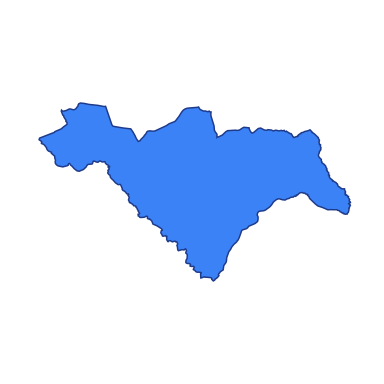 Bazega, Bazéga, Burkina Faso, rotated 8°
{"feature_id": "67063806B75312427459337", "entity_name": "Bazega", "entity_type": "district", "adm_level": 2, "iso_a3": "BFA", "parent_name": "Burkina Faso", "parent_adm1": "Bazéga", "projection": "albers", "projection_center": [-1.393, 11.898], "detail": "fine", "context": "isolated", "style": "filled", "palette": "blue", "viewbox_px": 384, "rotation_deg": 8, "n_neighbors": 0, "source": "geoboundaries", "source_scale": "gbopen_adm2", "svg_char_len": 6076}
<svg xmlns="http://www.w3.org/2000/svg" viewBox="0 0 384 384"><g transform="rotate(8 192 192)"><path d="M36.0,164.6L36.6,165.1L38.0,165.3L39.3,166.0L41.8,168.5L42.1,169.5L43.4,170.9L44.4,171.5L47.3,172.2L47.3,173.2L51.0,175.6L51.4,177.5L52.4,179.4L52.3,181.1L52.7,182.6L53.7,183.7L55.2,184.6L56.6,184.9L60.6,185.1L64.9,183.3L65.7,182.6L65.6,182.0L65.9,181.2L66.8,180.8L68.4,182.5L69.6,183.1L72.1,185.3L75.3,187.1L77.5,187.1L81.4,184.8L83.7,181.9L84.3,180.3L85.1,179.2L89.1,178.2L89.5,177.8L89.8,175.5L90.2,175.1L91.5,175.1L92.4,175.5L94.2,175.7L94.9,175.5L96.1,174.2L97.0,174.1L98.9,174.8L101.4,174.1L101.8,174.3L102.1,175.3L102.8,175.9L103.6,176.6L104.8,176.8L105.7,177.8L106.8,178.1L106.8,178.7L105.5,179.0L106.6,180.3L106.7,181.0L105.7,182.2L106.2,183.3L105.9,184.7L106.2,185.3L107.3,186.3L108.5,186.9L109.1,188.7L110.3,189.9L112.2,191.2L115.0,193.6L117.9,195.0L119.8,194.5L120.5,195.0L122.5,198.4L122.5,199.1L123.5,200.1L124.9,200.5L126.3,201.4L127.6,202.8L128.3,203.0L129.1,202.7L129.6,203.2L129.1,204.1L130.6,206.1L130.2,208.5L130.4,209.2L131.2,210.1L131.3,210.7L131.7,211.2L132.6,211.1L132.8,211.5L135.1,212.5L136.1,213.7L137.8,213.7L138.8,214.4L138.7,214.9L140.0,215.9L140.4,217.0L141.7,218.3L141.5,218.7L143.1,220.5L142.3,221.5L141.7,221.6L142.1,223.2L142.8,223.3L143.8,224.3L144.6,224.4L148.1,223.7L150.2,222.3L151.2,222.4L151.6,224.4L151.9,224.6L153.1,224.6L153.3,224.9L153.9,224.6L154.4,225.2L155.3,225.6L156.2,226.3L157.8,229.2L161.9,230.3L166.7,232.5L167.9,233.7L167.9,234.0L167.0,234.5L166.8,236.4L167.0,237.1L168.3,238.5L168.6,239.4L169.4,239.9L172.0,238.9L172.7,239.7L173.2,239.4L173.4,239.7L173.1,240.5L173.5,241.5L173.5,242.6L174.9,244.4L175.3,244.5L176.0,243.5L177.0,243.2L179.5,244.1L181.8,243.1L182.3,243.1L182.9,243.7L183.7,243.4L184.8,244.8L185.0,245.6L184.5,247.1L185.1,248.0L185.9,251.2L186.7,252.0L190.2,250.5L192.2,250.5L193.3,249.2L193.8,249.4L194.7,250.7L194.3,252.8L194.5,253.5L195.7,254.2L196.1,255.1L196.4,258.6L195.6,260.3L195.7,262.6L195.9,262.9L197.0,263.4L199.2,263.3L200.3,263.6L200.6,263.9L200.3,265.3L200.5,265.7L202.1,265.8L203.8,265.4L204.2,265.5L204.8,266.4L204.3,267.3L204.1,268.6L204.5,268.9L205.7,269.1L206.6,270.2L208.2,270.7L210.5,270.4L212.2,270.6L212.4,270.8L211.9,271.9L212.7,275.9L213.8,275.5L215.8,274.3L216.7,274.6L217.5,274.4L222.6,274.2L223.4,274.5L223.7,275.7L225.4,277.1L226.7,276.2L227.1,275.1L228.9,273.4L229.2,272.8L229.7,272.2L230.3,271.1L229.7,270.4L229.9,269.1L230.5,268.5L231.1,267.1L233.7,264.8L233.7,260.5L235.5,257.0L235.7,255.0L235.5,252.3L236.8,245.9L238.1,243.7L239.0,241.0L240.7,238.1L243.2,235.2L243.7,233.9L244.3,233.2L245.1,230.7L246.6,223.3L247.1,222.6L250.9,220.8L252.1,219.7L252.8,218.1L258.9,214.4L260.6,212.6L261.1,211.7L261.2,209.9L260.9,207.5L259.7,205.6L259.9,203.5L260.3,202.7L261.3,201.7L265.8,200.5L267.3,199.6L271.1,195.9L272.7,193.5L274.0,190.6L276.6,187.8L278.3,186.8L279.3,186.6L282.6,187.1L285.3,187.0L287.0,185.7L289.1,184.8L290.5,183.5L293.1,182.9L293.7,182.0L294.0,181.8L295.1,181.9L295.9,181.2L295.7,180.6L296.4,180.2L296.9,180.3L298.3,178.4L299.3,177.7L301.1,177.2L302.3,177.6L303.8,177.4L304.7,178.1L306.7,178.3L307.0,178.5L306.8,179.1L308.6,180.4L308.8,181.2L309.6,182.2L316.1,186.9L318.6,188.3L323.5,189.2L329.0,190.7L332.7,190.0L333.7,190.0L338.0,189.4L338.7,189.9L340.6,190.0L341.5,191.0L342.6,191.2L343.5,191.8L344.4,191.7L344.9,192.4L345.5,192.1L346.6,192.7L348.7,192.2L348.6,191.9L349.7,190.2L349.9,187.6L349.6,186.7L350.0,186.1L349.7,185.5L350.2,184.9L350.3,183.9L350.7,183.2L350.2,182.5L349.7,182.5L348.7,181.8L349.1,181.2L350.4,180.5L350.0,179.7L349.0,179.0L348.9,178.3L349.2,177.6L347.4,175.6L347.6,174.7L346.9,174.4L346.7,174.6L345.5,173.3L344.6,173.7L343.8,172.8L344.2,171.6L343.7,171.3L343.9,170.1L342.9,169.0L342.6,167.6L339.9,168.0L339.3,167.5L338.4,167.4L337.5,166.5L336.5,166.3L335.8,165.9L335.2,164.4L334.6,163.6L334.2,163.6L333.4,162.7L331.1,161.8L329.7,160.9L329.5,161.3L328.7,160.1L327.2,159.5L325.7,157.7L325.9,156.8L325.7,156.2L324.8,156.1L324.8,154.1L323.0,152.6L322.8,151.6L322.3,151.5L322.0,151.1L322.3,150.1L321.3,149.0L320.7,147.6L319.5,146.8L319.5,146.5L316.4,144.8L316.4,143.9L315.7,143.2L315.5,141.7L313.2,140.0L312.3,138.8L312.0,137.8L312.6,135.3L312.5,134.5L313.7,132.2L313.4,131.8L313.6,130.3L312.8,128.9L312.7,127.4L312.0,127.4L311.5,127.1L311.4,126.0L310.8,125.2L311.0,123.0L309.5,121.1L309.5,120.6L305.8,117.9L304.0,116.8L302.6,116.4L302.7,116.0L300.2,114.0L298.6,115.1L295.0,116.5L293.9,117.4L291.9,118.1L291.7,119.1L290.6,119.5L289.4,120.8L289.3,121.5L289.0,121.4L288.4,122.5L287.6,122.6L285.4,123.9L284.4,123.1L284.1,123.1L283.3,121.7L282.8,121.4L282.0,120.4L281.2,120.6L280.2,120.0L279.3,120.0L278.9,119.5L277.5,119.0L277.1,118.6L276.3,119.2L274.8,118.6L274.7,118.2L272.6,118.9L271.9,118.5L269.6,119.4L266.5,119.1L263.9,120.2L262.0,119.6L258.5,119.7L257.4,120.5L255.0,120.5L251.1,119.1L248.8,119.9L245.2,124.0L244.1,124.9L243.1,125.3L241.4,123.9L239.9,121.5L239.6,120.5L234.4,120.7L233.1,121.6L230.4,124.0L229.5,124.4L227.7,124.8L226.6,124.7L218.7,126.3L217.1,127.6L214.1,131.4L210.5,133.8L209.3,133.9L209.1,134.2L208.7,131.3L206.3,128.8L205.6,127.7L204.6,123.4L200.4,114.5L199.9,112.9L199.7,110.1L198.9,110.2L197.7,109.5L196.7,110.3L193.7,109.9L192.3,110.3L188.7,109.2L188.0,108.6L186.7,106.9L185.6,107.4L176.3,109.5L174.5,110.2L173.1,111.1L171.9,112.3L170.6,114.4L168.6,118.9L165.8,123.8L165.0,124.7L160.0,127.5L157.2,130.0L147.0,136.6L145.2,137.2L141.7,137.3L139.6,138.0L139.0,138.7L138.2,140.9L137.0,142.5L136.6,143.7L134.4,146.6L133.6,147.9L133.6,148.3L131.7,149.4L129.4,146.8L127.7,144.1L125.0,140.6L122.6,138.0L114.5,138.2L105.2,137.9L104.2,137.6L103.2,136.4L94.5,119.2L93.0,119.6L86.8,119.3L77.9,119.6L73.1,119.3L69.1,119.4L67.6,120.4L67.1,121.7L67.2,122.4L66.5,123.7L65.3,125.8L64.3,126.6L63.3,127.1L60.0,126.7L59.0,126.8L56.1,128.8L53.6,129.8L52.6,129.9L51.4,129.1L51.3,130.1L53.3,133.8L54.2,134.2L54.6,135.4L57.3,138.6L57.2,139.5L58.6,140.7L58.8,142.4L55.9,145.2L53.7,147.7L48.6,150.8L47.8,151.3L47.4,152.1L33.6,159.8L33.3,161.5L35.9,162.9L36.4,163.5L36.0,164.6Z" fill="#3b82f6" stroke="#1e3a8a" stroke-width="1.5"/></g></svg>